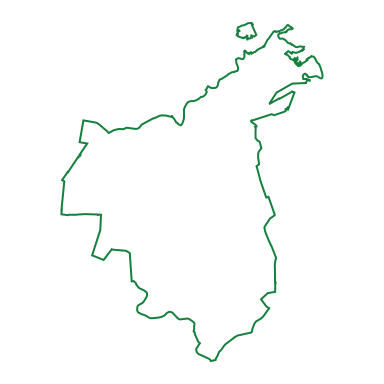 Inner West, New South Wales, Australia (Natural Earth projection)
{"feature_id": "25037944B74627164094069", "entity_name": "Inner West", "entity_type": "district", "adm_level": 2, "iso_a3": "AUS", "parent_name": "Australia", "parent_adm1": "New South Wales", "projection": "natural_earth1", "projection_center": [151.167, -33.89], "detail": "fine", "context": "isolated", "style": "outline", "palette": "green", "viewbox_px": 384, "rotation_deg": 0, "n_neighbors": 0, "source": "geoboundaries", "source_scale": "gbopen_adm2", "svg_char_len": 5781}
<svg xmlns="http://www.w3.org/2000/svg" viewBox="0 0 384 384"><path d="M269.2,308.2L267.1,307.0L265.8,305.7L261.0,299.3L267.8,293.1L275.1,291.9L275.3,284.2L275.0,284.0L275.7,282.7L275.0,282.1L274.9,267.6L274.7,265.7L275.6,259.1L276.0,258.9L276.1,257.9L271.8,246.9L269.5,242.2L265.7,233.0L264.8,229.9L264.4,227.4L264.7,226.6L269.9,218.6L273.4,216.2L274.8,214.9L268.5,196.8L266.2,197.5L260.4,180.6L257.0,167.6L256.5,166.3L259.1,164.2L258.1,157.2L258.2,153.8L258.6,152.3L259.3,150.9L261.4,148.2L259.8,142.2L259.4,141.6L257.4,140.5L255.6,138.2L255.5,131.9L255.7,128.3L255.5,127.5L255.1,127.0L256.5,126.5L256.5,125.9L254.7,124.2L251.4,122.0L251.1,120.9L251.5,120.4L251.9,120.6L271.7,114.2L274.1,115.2L283.9,111.9L285.7,111.0L285.6,109.2L288.0,109.7L288.2,109.1L286.7,108.6L288.0,107.2L288.8,107.6L294.5,92.5L292.2,91.5L292.0,92.0L291.7,91.9L279.5,98.8L279.2,98.4L269.9,103.7L269.7,103.2L276.4,92.7L287.0,86.6L292.3,83.6L305.9,83.0L305.9,82.6L305.7,82.6L307.5,80.1L309.7,80.7L309.8,80.2L307.6,79.6L306.5,79.0L303.3,79.1L302.9,77.6L302.9,75.8L303.1,75.2L304.4,73.8L305.3,73.7L306.1,74.5L306.7,74.6L307.2,75.2L307.0,75.5L308.4,77.2L311.3,77.1L315.5,76.2L316.6,76.2L317.7,76.6L320.3,78.3L321.4,78.4L322.1,77.9L322.6,76.1L322.3,73.6L320.3,66.9L319.0,64.1L317.9,63.3L316.4,61.3L315.6,59.4L314.3,57.3L313.5,56.6L312.9,56.4L311.7,56.7L311.3,56.2L308.9,58.2L308.6,57.9L306.7,59.3L307.4,60.1L307.2,60.3L304.4,62.3L303.0,62.8L300.4,65.5L299.5,65.9L298.6,66.0L298.4,66.0L298.4,65.8L300.8,62.9L300.0,61.6L297.9,64.1L297.5,65.3L296.1,64.0L296.4,63.8L296.2,63.7L296.0,63.9L295.8,63.7L295.7,63.2L296.6,62.3L296.5,62.1L295.5,63.2L295.0,62.6L297.6,59.6L297.4,59.4L295.5,61.5L294.8,60.8L297.6,57.8L297.5,57.6L294.2,60.9L293.4,60.3L295.3,58.5L294.8,58.1L293.1,59.9L290.9,59.0L289.9,58.4L289.6,57.5L289.8,57.1L286.5,54.1L286.1,54.5L285.3,54.2L285.1,53.7L288.2,51.2L289.5,51.8L290.8,53.1L291.8,53.7L292.1,53.3L292.2,52.5L292.5,52.0L295.6,52.8L297.9,52.4L300.8,51.0L301.9,50.0L302.3,50.4L302.2,50.7L302.3,50.8L303.9,49.3L303.7,49.0L303.1,49.3L302.9,49.1L303.5,48.6L303.6,47.7L304.0,46.9L299.8,46.4L297.2,47.2L295.9,47.0L294.8,46.4L292.3,44.6L292.0,44.9L291.6,44.7L290.9,44.1L291.0,43.8L290.3,43.3L290.0,43.6L288.1,43.0L285.6,40.3L283.4,38.9L282.4,38.5L280.0,38.8L279.7,38.6L278.4,36.8L278.2,35.8L278.3,35.0L279.4,33.5L279.5,33.7L282.6,32.6L285.5,32.1L285.6,32.3L286.2,32.0L286.1,31.7L286.6,31.4L286.5,31.2L287.0,30.6L288.7,29.4L291.4,29.2L292.4,28.9L292.7,28.3L290.9,26.9L290.4,27.0L288.0,24.9L286.8,25.6L285.6,27.5L285.3,27.5L284.4,28.4L284.3,28.8L282.5,29.8L279.2,31.2L276.7,31.6L276.7,31.9L275.6,31.4L275.6,31.6L275.3,31.7L274.7,31.4L273.6,31.6L268.8,38.4L267.4,40.0L264.9,44.8L264.6,45.7L263.9,46.4L263.5,46.1L263.1,46.3L263.0,46.6L263.6,46.9L263.0,47.2L262.8,47.0L262.6,47.1L257.6,49.7L255.3,51.9L254.1,52.1L251.4,53.8L251.0,52.3L248.5,53.1L248.7,53.9L248.1,53.7L246.6,52.4L245.5,50.9L244.9,50.7L244.5,50.9L244.1,51.5L244.5,53.0L244.5,54.1L244.3,54.4L244.5,54.5L244.4,57.1L243.2,58.9L242.6,59.2L238.6,58.1L236.2,59.2L236.0,59.5L236.4,63.0L238.1,67.5L238.0,69.8L237.5,70.8L235.2,71.4L234.4,72.0L232.0,72.2L230.4,73.2L228.4,74.1L228.0,74.7L226.7,75.7L221.3,79.1L219.7,79.5L218.2,82.6L218.0,84.6L217.5,86.0L216.7,87.1L215.8,87.7L214.1,88.1L211.5,88.0L210.3,87.6L208.4,86.3L207.7,86.3L206.8,88.7L205.6,89.9L206.7,91.5L206.7,92.3L205.3,94.8L203.7,96.2L202.4,96.8L201.0,96.9L198.7,98.9L196.2,100.3L193.4,101.1L190.5,101.1L188.5,101.9L187.3,102.8L185.3,106.1L184.0,109.1L184.0,117.3L183.7,119.5L183.1,121.5L182.0,124.1L180.9,125.3L178.4,124.2L177.7,123.2L176.3,122.5L174.2,118.9L173.3,117.9L172.3,117.3L172.4,116.6L172.2,116.1L171.9,116.1L171.5,116.9L166.1,115.6L162.1,115.3L159.3,115.9L154.0,118.4L153.6,118.2L142.0,124.4L141.4,124.8L140.5,126.3L139.2,127.7L137.8,128.6L136.3,128.9L134.6,128.8L128.1,127.9L125.9,127.9L124.1,129.0L122.1,129.2L119.6,128.9L115.6,129.7L113.4,130.4L108.7,133.0L107.2,131.3L99.6,124.8L97.2,123.1L95.5,122.5L83.4,120.4L79.6,142.2L87.2,143.5L79.7,154.6L80.5,155.1L80.3,155.5L79.9,155.2L79.5,155.5L78.6,157.3L78.1,157.0L68.0,172.2L67.7,171.9L67.4,172.3L62.1,180.1L64.3,181.3L61.5,209.6L61.8,209.5L61.4,214.3L68.4,215.2L68.9,214.7L74.7,214.8L84.5,214.1L97.7,214.5L97.8,215.0L99.2,214.6L101.0,214.7L100.3,230.0L92.1,255.4L96.4,257.0L103.6,260.0L111.8,249.2L112.3,249.6L126.1,250.8L129.8,253.1L131.7,281.4L133.7,281.1L135.8,283.0L136.2,284.3L137.0,285.6L138.9,287.8L140.2,288.6L144.4,290.6L146.5,292.3L147.0,293.3L147.0,295.6L146.6,296.8L143.7,301.7L142.3,303.1L138.5,305.1L137.6,306.2L137.3,307.4L137.1,309.9L137.6,311.4L138.2,312.4L141.4,314.1L145.1,315.3L148.9,317.6L150.4,318.2L152.4,318.2L158.6,317.6L162.0,316.7L164.3,315.6L167.0,312.9L169.1,311.9L170.1,311.8L172.4,312.6L177.2,317.7L179.1,319.2L180.2,319.4L187.7,318.5L189.4,319.2L192.7,321.4L194.4,323.2L194.5,324.8L194.1,326.4L194.2,328.9L193.6,331.2L193.9,331.8L194.3,331.9L194.8,332.7L194.8,333.7L195.5,335.6L198.3,341.9L199.9,343.2L196.4,348.5L196.2,350.2L196.7,351.9L197.6,353.2L198.7,354.1L209.1,358.8L210.5,360.2L210.8,361.0L215.6,360.0L215.8,358.6L217.1,356.6L219.2,351.7L220.7,350.5L225.0,344.6L235.1,336.9L237.8,335.5L251.3,332.5L252.0,331.5L252.3,329.3L254.2,324.0L256.1,321.4L260.9,318.6L263.2,316.5L269.2,308.2ZM252.8,24.5L251.8,23.0L247.9,23.2L244.6,25.1L242.1,25.5L239.7,26.7L238.1,27.2L237.6,28.5L237.4,30.2L238.0,29.9L238.3,30.3L237.5,30.8L237.5,31.2L237.6,31.3L239.1,30.4L239.5,31.0L237.9,31.9L237.8,33.2L237.2,33.3L236.8,34.6L237.7,34.6L237.8,35.4L237.3,35.6L238.2,36.2L238.2,36.4L243.0,38.1L243.1,37.8L244.0,38.0L244.4,37.4L245.9,37.5L245.9,37.1L246.5,37.1L246.7,35.7L247.4,35.8L247.2,39.4L247.6,39.4L247.8,38.1L248.4,38.2L248.6,38.6L250.6,38.3L251.0,37.5L251.7,37.6L251.4,36.7L251.5,36.1L251.2,35.9L251.4,35.4L254.1,36.6L256.3,34.9L251.9,25.0L252.8,24.5Z" fill="none" stroke="#15803d" stroke-width="2"/></svg>